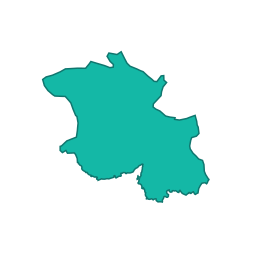 Jo River, River Cess, Liberia (Albers equal-area conic projection), rotated 223°
{"feature_id": "62588387B78382325144882", "entity_name": "Jo River", "entity_type": "district", "adm_level": 2, "iso_a3": "LBR", "parent_name": "Liberia", "parent_adm1": "River Cess", "projection": "albers", "projection_center": [-9.507, 6.035], "detail": "fine", "context": "isolated", "style": "filled", "palette": "teal", "viewbox_px": 256, "rotation_deg": 223, "n_neighbors": 0, "source": "geoboundaries", "source_scale": "gbopen_adm2", "svg_char_len": 4035}
<svg xmlns="http://www.w3.org/2000/svg" viewBox="0 0 256 256"><g transform="rotate(223 128 128)"><path d="M223.5,105.3L220.7,103.6L218.1,102.0L212.1,100.8L206.5,101.0L205.4,101.1L203.3,101.5L198.6,105.5L195.4,108.3L193.0,108.1L187.0,107.4L185.6,106.7L183.1,105.4L181.2,104.4L175.3,101.7L174.9,101.5L173.2,101.6L167.9,97.6L165.1,93.9L163.2,91.5L161.4,88.9L159.5,86.1L163.9,77.0L164.1,74.6L164.4,69.5L165.1,68.3L162.3,65.3L159.2,65.3L158.1,69.2L155.1,68.3L152.7,70.7L150.2,73.2L148.1,72.8L144.4,71.1L141.5,68.4L140.9,68.8L140.4,68.6L139.9,68.1L138.8,68.3L138.1,68.0L136.3,68.5L135.1,68.0L133.9,66.6L133.5,66.5L132.6,66.3L131.0,66.5L129.6,66.9L128.5,66.7L128.2,66.8L127.9,67.3L127.8,67.6L127.7,67.6L127.1,67.5L126.9,67.5L126.3,67.2L125.0,67.2L124.8,67.3L124.7,67.3L123.9,67.6L122.7,68.2L122.5,67.7L122.2,67.4L121.8,67.5L121.4,68.0L121.1,68.7L119.1,69.2L118.5,70.0L118.3,70.0L117.3,70.9L116.7,70.8L116.5,69.7L115.9,69.3L115.5,69.4L115.0,69.7L114.3,69.5L114.2,69.4L113.1,71.8L112.8,72.3L112.7,72.8L112.1,73.1L111.7,73.3L110.2,74.7L110.0,74.9L109.4,75.9L108.9,76.5L108.4,77.0L107.9,77.3L107.3,77.8L106.5,79.3L105.2,81.5L104.8,82.3L105.5,83.2L105.4,83.9L104.6,84.1L103.5,83.4L102.7,83.3L102.0,85.6L101.6,86.8L101.3,87.0L100.5,87.7L100.4,88.4L101.0,88.9L101.2,89.0L101.7,89.4L102.2,89.8L102.2,90.2L101.6,90.7L101.2,91.4L101.2,92.0L100.8,92.5L99.6,93.4L99.0,93.3L98.7,93.2L98.0,93.8L98.1,94.3L97.7,95.1L96.7,95.7L95.6,96.9L94.9,98.2L94.7,98.6L94.4,99.2L94.4,99.9L94.8,101.1L94.9,103.5L94.1,105.6L94.1,106.4L94.2,108.0L93.5,109.5L93.1,111.1L92.7,111.5L92.3,111.6L92.2,111.0L91.1,110.1L90.6,108.9L89.2,107.4L89.2,107.1L87.9,105.2L87.9,104.3L87.1,103.1L86.6,102.5L86.2,102.4L86.0,101.8L85.7,100.3L87.0,99.4L88.1,99.8L88.1,99.6L87.1,98.7L86.8,97.1L86.3,96.7L85.9,97.8L85.1,98.3L84.9,98.5L84.2,97.0L83.4,95.9L83.2,94.6L82.4,94.4L82.0,94.6L81.6,94.8L81.5,95.0L80.8,95.4L80.3,95.4L79.5,95.5L77.9,94.7L76.8,93.4L76.1,93.6L75.8,94.6L75.2,94.0L74.3,94.5L71.9,92.7L70.9,92.7L70.3,91.5L68.9,90.4L67.6,90.4L66.9,90.0L66.7,89.2L66.2,88.8L65.7,89.9L65.3,89.7L64.8,89.7L63.5,90.6L62.7,91.9L62.6,92.2L61.9,92.5L61.4,92.5L60.6,92.6L60.5,93.5L59.7,94.9L59.1,95.3L57.9,94.2L57.3,94.2L56.4,94.4L56.0,94.4L55.7,94.4L54.3,95.9L52.6,97.2L52.4,97.3L52.8,97.9L53.3,98.3L53.8,98.9L53.8,99.2L54.0,100.6L54.8,102.2L54.4,103.2L52.5,103.7L52.1,104.1L51.8,104.4L51.9,105.6L53.0,106.9L54.1,106.7L55.0,106.7L56.5,107.9L56.6,108.7L56.2,109.9L56.1,110.1L55.6,110.8L54.7,109.9L54.1,109.8L52.9,110.3L52.8,110.5L52.3,111.3L52.8,112.4L52.2,113.1L51.2,113.5L50.5,114.6L49.1,114.9L47.7,115.0L46.9,115.5L47.2,116.4L47.5,116.9L47.6,117.1L47.5,117.8L46.5,117.6L44.0,117.2L42.6,117.5L41.5,117.9L40.3,118.3L39.8,118.5L39.7,119.5L39.4,121.6L39.1,121.7L39.4,122.3L38.7,123.0L37.8,122.8L37.4,123.0L37.1,124.9L36.7,125.9L36.0,125.8L34.6,125.2L33.5,125.3L33.3,125.9L33.0,127.1L32.5,128.3L32.9,128.8L33.2,129.2L35.0,132.0L35.7,134.5L35.9,135.2L36.3,138.0L35.5,139.1L34.7,140.1L34.1,140.6L33.1,140.7L32.5,140.8L32.6,141.8L33.0,142.9L33.4,143.7L33.4,144.7L33.9,145.4L33.9,145.6L34.3,145.5L39.5,146.9L42.7,148.4L47.5,153.0L51.4,155.1L53.3,154.3L55.2,153.5L59.2,153.9L63.3,153.9L68.2,155.1L70.5,156.8L70.7,157.0L73.7,161.7L74.9,164.4L72.4,168.7L72.4,172.4L76.8,176.1L77.3,176.5L79.4,177.3L82.4,179.8L85.2,181.5L87.5,183.0L89.8,178.6L90.3,177.6L91.5,175.0L95.8,168.9L99.8,166.1L100.6,167.6L104.9,164.5L105.1,164.4L108.7,162.4L116.2,162.2L120.8,160.7L121.5,160.7L124.0,160.5L125.9,163.0L125.9,169.5L125.9,174.2L126.0,174.3L128.2,177.4L130.4,182.0L130.8,187.6L134.4,187.5L137.6,190.7L139.3,188.7L138.6,182.4L138.5,181.6L140.8,179.9L143.8,179.9L148.9,179.5L151.8,179.5L152.7,179.5L155.4,179.5L158.0,178.4L161.8,177.2L168.6,174.6L172.9,174.7L177.8,176.4L185.0,179.1L186.1,174.3L193.1,169.8L192.2,166.3L192.2,166.2L186.5,164.5L182.0,164.5L180.3,162.4L182.5,159.7L185.1,158.7L187.8,157.6L189.4,156.8L195.8,153.6L200.5,151.3L200.1,148.5L199.8,143.6L199.7,142.8L205.8,137.2L214.1,128.5L215.9,122.8L216.2,122.1L219.3,115.0L222.7,109.5L223.5,105.3Z" fill="#14b8a6" stroke="#0f766e" stroke-width="1.5"/></g></svg>